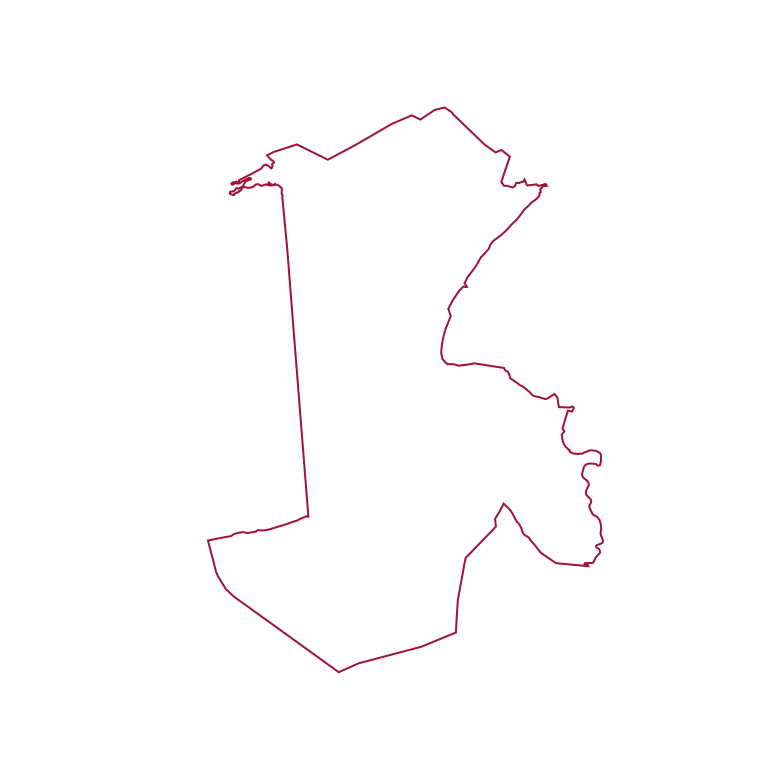 the district of San Dionisio del Mar, Oaxaca, Mexico, rotated 152°
{"feature_id": "50627088B65923103498155", "entity_name": "San Dionisio del Mar", "entity_type": "district", "adm_level": 2, "iso_a3": "MEX", "parent_name": "Mexico", "parent_adm1": "Oaxaca", "projection": "natural_earth1", "projection_center": [-94.764, 16.327], "detail": "fine", "context": "isolated", "style": "outline", "palette": "rose", "viewbox_px": 768, "rotation_deg": 152, "n_neighbors": 0, "source": "geoboundaries", "source_scale": "gbopen_adm2", "svg_char_len": 5662}
<svg xmlns="http://www.w3.org/2000/svg" viewBox="0 0 768 768"><g transform="rotate(152 384 384)"><path d="M379.9,640.8L378.3,634.5L377.5,633.7L376.9,632.2L377.2,631.1L378.2,631.1L378.7,630.9L379.7,630.7L380.0,629.1L380.6,628.3L381.5,627.4L382.3,627.2L382.7,628.4L383.2,629.8L384.1,631.5L384.9,632.8L386.0,633.3L388.0,633.4L389.3,632.8L391.4,631.9L399.8,631.7L416.3,632.0L416.8,631.1L417.2,630.4L417.6,629.8L418.2,630.3L418.4,630.8L418.7,631.4L419.1,631.9L419.9,632.0L420.8,632.3L421.5,632.7L422.6,632.8L423.4,632.9L424.2,632.8L424.7,632.5L424.7,631.6L424.2,631.1L423.2,631.0L422.6,631.2L421.2,631.2L420.5,630.9L420.1,630.5L419.7,630.0L418.7,629.4L417.5,629.1L416.2,629.1L415.0,629.3L413.6,629.5L412.3,629.4L410.8,629.5L408.5,629.5L407.0,629.3L405.8,629.0L405.2,628.4L405.4,627.3L406.3,627.4L408.0,627.4L409.4,627.7L410.9,627.7L412.0,627.5L412.7,627.0L413.7,626.2L415.0,625.3L416.4,624.8L417.3,624.9L418.5,624.6L419.5,624.6L420.8,624.7L421.3,625.5L422.4,626.2L423.4,625.8L424.0,625.2L425.0,625.2L426.2,624.8L427.3,625.1L427.7,625.1L428.2,625.5L428.8,625.8L429.2,625.9L429.8,625.8L430.3,625.1L430.8,624.6L430.5,623.8L429.8,623.3L429.4,622.7L428.9,622.0L428.1,621.6L427.5,621.3L427.1,621.8L426.8,622.4L425.9,622.1L425.0,622.0L424.4,622.3L423.6,621.8L422.4,621.7L422.1,622.3L421.2,622.4L419.8,622.1L418.6,622.5L418.3,623.2L417.7,623.5L416.6,623.9L415.5,623.6L414.4,623.1L413.6,622.4L412.4,621.3L410.7,620.4L409.4,620.1L407.6,619.8L406.4,619.5L404.3,620.2L403.2,620.3L402.2,619.9L401.1,619.3L400.3,618.0L399.6,616.8L398.6,616.3L397.8,616.3L397.7,616.3L396.8,616.1L396.0,616.0L395.1,615.8L394.2,615.5L393.4,614.4L392.5,613.9L391.9,613.1L391.5,612.8L391.2,612.6L390.7,612.4L390.9,613.4L391.4,614.5L391.7,615.2L391.7,615.7L391.3,616.0L390.7,615.2L390.2,614.0L389.7,613.1L389.0,612.5L388.2,611.5L387.2,610.9L386.7,611.0L386.8,611.7L386.4,611.9L385.9,611.3L385.4,610.4L384.6,609.6L384.0,609.0L383.6,608.3L383.1,606.8L382.5,605.2L382.6,603.9L383.1,603.2L383.8,602.2L384.5,601.0L385.0,600.0L385.1,599.1L385.2,597.5L385.7,597.1L386.0,596.9L406.1,548.5L428.1,498.0L512.4,303.9L513.0,302.5L513.6,302.6L513.7,302.9L514.4,303.6L521.8,304.3L524.1,304.1L529.9,305.2L536.6,306.2L553.7,309.5L555.9,310.1L559.5,311.4L564.1,314.2L565.8,314.1L566.2,313.7L570.7,315.3L573.9,316.2L575.8,317.4L577.8,319.3L582.0,320.9L586.9,321.9L590.5,321.5L598.4,324.1L612.9,328.5L620.5,296.8L620.6,294.6L620.9,291.8L620.8,291.0L619.9,277.2L616.2,266.4L589.1,211.5L587.1,207.4L559.3,150.8L537.5,149.3L474.3,134.5L437.2,130.8L427.7,146.6L427.4,146.9L420.5,158.2L399.8,184.4L399.3,185.2L393.6,192.1L352.2,205.5L349.2,212.8L341.3,217.4L339.9,218.4L334.5,222.2L334.2,220.8L333.0,217.7L332.1,214.5L331.6,212.1L331.4,208.9L331.4,205.6L331.5,203.1L331.3,200.2L330.6,197.8L330.5,195.9L330.4,193.3L330.6,190.7L331.2,188.2L331.1,185.9L330.4,184.0L329.1,182.1L328.1,180.1L328.1,177.1L327.4,175.0L327.1,173.4L326.7,172.0L326.0,168.0L324.7,161.2L317.2,146.8L316.3,145.1L289.1,127.2L289.0,128.7L290.1,129.8L291.4,130.9L290.9,131.5L288.6,130.5L287.4,130.0L284.1,128.1L281.9,128.6L280.4,130.3L277.3,131.9L275.6,132.5L273.7,133.1L272.1,133.9L271.6,136.4L271.9,137.8L272.6,138.9L273.2,140.2L272.8,141.5L271.8,141.7L270.8,141.7L269.3,141.5L267.3,141.1L265.5,141.3L264.2,142.7L263.6,146.5L263.5,149.1L262.6,150.9L261.7,152.2L260.8,153.5L259.8,155.0L258.9,156.9L258.1,159.8L257.5,162.9L258.1,166.4L259.2,168.4L260.6,169.9L260.9,172.1L260.8,174.5L260.7,176.9L260.4,178.7L260.1,179.8L258.9,180.8L257.3,181.8L256.1,183.1L255.7,185.1L256.3,187.5L257.0,189.5L257.4,191.6L256.6,193.8L254.9,195.4L252.9,197.0L250.5,198.6L249.8,201.0L250.2,203.5L251.4,206.1L252.1,208.7L251.7,211.0L250.4,212.6L249.1,214.0L247.7,215.5L246.6,216.7L245.5,217.4L243.6,218.1L241.3,217.7L239.8,217.3L238.8,216.7L235.6,214.7L234.1,213.4L233.8,212.1L233.3,211.5L232.4,211.0L231.4,210.9L230.7,211.4L230.4,212.1L229.6,212.8L228.6,214.2L227.8,215.6L227.0,217.2L226.0,219.1L225.5,220.9L225.9,221.9L226.5,223.0L227.2,224.3L228.7,225.7L230.2,226.9L231.3,227.7L232.5,228.4L234.0,228.8L238.0,229.4L241.6,229.4L243.3,230.3L245.5,231.1L247.4,232.3L249.4,233.7L251.1,235.9L252.4,237.5L251.7,236.9L251.3,237.4L251.3,238.5L252.0,239.6L252.2,241.3L253.0,242.7L253.2,243.8L253.3,246.8L253.1,248.8L252.5,251.4L251.6,253.6L251.3,254.5L250.7,255.9L248.2,256.9L247.0,257.6L247.3,259.7L247.1,261.1L234.2,274.1L230.9,271.4L227.6,273.7L228.1,275.7L231.1,276.1L240.5,281.5L237.3,290.5L238.1,295.1L243.6,294.8L245.9,294.4L248.6,294.9L253.9,300.3L257.2,302.7L258.3,304.7L259.1,308.2L260.8,312.3L262.6,316.6L264.8,319.5L265.8,322.4L267.3,324.7L268.2,326.7L269.9,329.9L269.1,332.7L268.8,336.7L270.3,338.6L270.7,340.1L270.5,341.8L294.5,359.8L300.6,361.7L309.4,365.1L313.1,368.6L318.7,371.8L319.4,373.6L319.5,373.8L320.6,378.3L319.0,384.5L314.1,392.0L307.9,399.5L303.0,404.4L293.1,412.7L291.9,420.3L283.6,425.9L273.7,431.1L268.3,432.8L266.6,431.4L265.2,430.8L265.6,435.1L260.2,439.0L247.7,444.8L240.6,449.3L238.8,450.5L236.9,450.9L236.2,451.2L233.8,451.9L231.0,453.1L228.2,454.0L224.7,457.1L220.5,459.0L210.5,460.5L203.6,462.3L196.2,465.0L189.7,466.8L183.9,469.3L179.0,471.8L177.3,472.4L173.2,473.4L168.0,475.1L163.6,475.6L160.1,476.6L158.2,477.5L156.8,479.8L155.6,479.7L154.6,482.6L150.8,483.9L147.1,482.6L147.5,484.8L154.7,486.3L155.4,488.6L164.0,491.9L164.5,493.2L163.9,498.6L166.1,497.2L169.3,498.2L170.1,497.8L171.3,498.8L173.0,499.5L175.0,497.5L178.0,497.0L182.1,501.1L184.9,502.6L185.7,507.1L176.5,516.0L166.1,525.6L170.5,535.5L176.8,536.1L182.9,548.5L196.4,589.8L196.3,591.6L200.6,599.6L210.3,602.2L227.7,600.4L233.4,608.2L255.2,610.0L297.7,608.4L328.3,608.4L345.3,632.1L348.4,636.4L372.1,640.6L378.2,640.8L379.9,640.8Z" fill="none" stroke="#9f1239" stroke-width="2"/></g></svg>